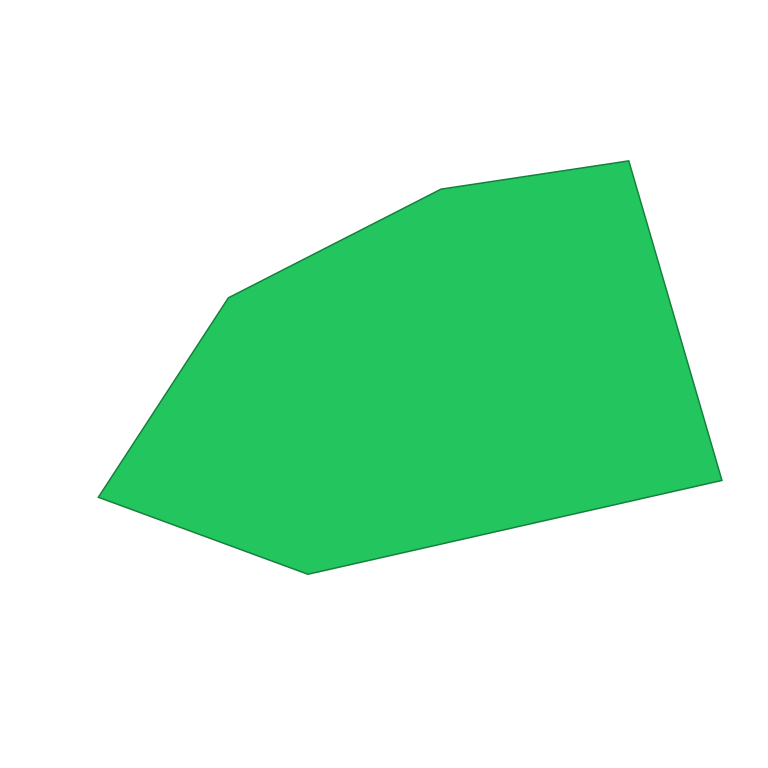 SVG path tracing the border of Ta' Xbiex, rotated 166°
{"feature_id": "MLT-5941", "entity_name": "Ta' Xbiex", "entity_type": "state/province", "adm_level": 1, "iso_a3": "MLT", "parent_name": "Malta", "parent_adm1": "", "projection": "natural_earth1", "projection_center": [14.496, 35.895], "detail": "fine", "context": "isolated", "style": "filled", "palette": "green", "viewbox_px": 768, "rotation_deg": 166, "n_neighbors": 0, "source": "natural_earth", "source_scale": "10m", "svg_char_len": 253}
<svg xmlns="http://www.w3.org/2000/svg" viewBox="0 0 768 768"><g transform="rotate(166 384 384)"><path d="M688.6,343.2L514.1,505.3L281.5,559.3L92.5,541.3L79.4,208.7L503.9,217.8L688.6,343.2Z" fill="#22c55e" stroke="#15803d" stroke-width="1.5"/></g></svg>